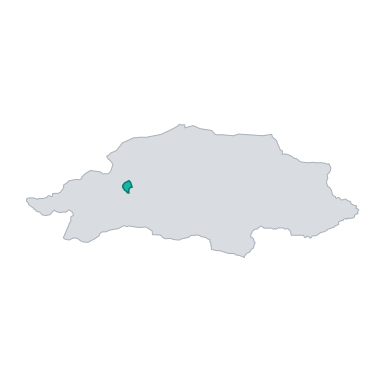 Ix xet, Dornogovi, Mongolia (highlighted), rotated 177°
{"feature_id": "93677404B2530433176866", "entity_name": "Ix xet", "entity_type": "district", "adm_level": 2, "iso_a3": "MNG", "parent_name": "Mongolia", "parent_adm1": "Dornogovi", "projection": "robinson", "projection_center": [110.14, 46.159], "detail": "fine", "context": "in_parent", "style": "filled", "palette": "teal", "viewbox_px": 384, "rotation_deg": 177, "n_neighbors": 0, "source": "geoboundaries", "source_scale": "gbopen_adm2", "svg_char_len": 4073}
<svg xmlns="http://www.w3.org/2000/svg" viewBox="0 0 384 384"><g transform="rotate(177 192 192)"><path d="M27.5,161.5L28.8,161.5L30.8,160.3L31.1,158.7L31.8,157.8L36.4,157.3L38.4,157.8L38.8,156.8L39.2,156.7L40.2,157.5L41.3,157.2L42.0,156.8L42.8,155.5L44.3,155.7L47.1,154.3L47.3,151.9L48.4,151.4L50.8,150.9L51.2,149.8L51.7,149.5L53.5,149.2L56.6,148.0L58.0,147.9L59.2,146.8L62.0,145.4L66.1,144.7L66.5,144.1L70.4,141.9L74.3,141.8L75.6,139.9L76.2,139.7L78.7,141.9L79.9,141.7L80.4,140.8L82.0,140.8L82.6,142.4L83.4,143.0L95.0,143.6L95.3,144.2L95.7,147.9L97.6,149.6L98.1,150.4L101.3,150.1L103.0,151.5L105.8,151.4L107.2,151.8L110.0,150.5L110.6,150.5L111.4,151.2L112.8,150.7L115.3,152.0L117.2,151.7L118.1,152.3L119.3,151.8L122.1,152.2L124.2,154.2L125.8,154.0L127.7,152.7L128.2,151.8L131.0,151.4L132.6,150.5L133.6,149.7L135.3,146.8L135.8,143.9L134.5,143.5L133.4,142.5L132.8,140.9L132.8,139.8L131.7,138.2L131.8,137.3L132.7,135.9L133.2,133.6L134.2,132.3L136.1,131.6L136.4,130.6L137.7,128.9L140.6,127.8L142.4,125.8L143.4,123.8L144.8,124.8L148.4,126.2L151.5,126.9L153.5,128.4L158.9,128.8L167.9,132.2L169.8,132.0L175.2,133.5L175.6,134.0L175.5,136.6L175.9,137.3L175.9,140.1L176.9,141.6L176.5,143.3L177.0,143.8L178.3,144.0L180.4,145.8L185.2,147.0L186.6,148.1L189.9,148.9L191.7,148.5L194.5,148.7L195.5,148.5L197.3,147.2L198.5,146.8L204.9,145.7L206.7,144.8L207.9,144.7L212.8,145.5L216.3,146.8L221.3,146.7L223.6,148.2L224.6,149.6L226.5,150.8L233.5,151.4L233.8,151.7L233.7,154.7L233.9,155.2L238.4,158.5L240.5,159.5L246.9,159.3L256.8,161.4L259.1,160.8L261.2,161.9L262.0,161.8L268.4,159.0L269.3,159.2L276.0,158.2L280.2,156.7L283.4,156.9L285.9,155.7L287.0,153.3L291.1,150.6L298.4,147.2L302.9,147.7L305.6,148.9L308.5,151.3L310.0,152.0L313.0,152.2L317.2,150.5L319.4,151.0L321.5,151.7L322.9,153.0L316.6,165.7L316.6,166.5L314.5,169.1L314.3,173.4L311.7,174.9L312.1,177.3L312.7,178.2L315.7,180.7L316.7,180.4L317.5,179.3L319.0,178.5L322.0,178.7L324.5,178.3L327.7,179.1L330.7,181.1L334.9,176.8L338.7,176.2L342.4,176.8L345.2,179.8L348.6,181.1L349.5,182.8L350.9,183.4L351.3,184.3L355.4,187.6L356.3,189.8L357.6,191.4L357.6,193.0L357.4,193.8L355.7,194.7L350.0,194.3L346.7,192.7L345.4,193.6L341.1,193.2L338.7,193.9L337.0,194.5L336.1,195.6L335.3,195.8L334.6,195.8L333.3,194.9L332.1,194.9L331.8,195.1L331.1,197.8L327.4,197.8L326.2,197.5L323.1,198.8L322.7,199.8L321.1,201.3L319.7,204.0L320.0,205.2L319.6,205.9L316.8,207.4L314.2,209.6L308.8,210.4L306.3,210.6L304.4,210.1L302.5,210.4L301.1,212.9L297.6,215.9L292.4,218.8L283.2,217.0L282.0,216.6L280.0,214.7L274.6,214.7L273.1,215.9L271.7,217.8L269.5,223.8L271.6,227.2L274.1,229.5L275.1,231.1L275.1,232.4L273.4,233.0L271.1,235.2L265.3,237.3L258.9,244.7L247.6,249.1L240.6,249.4L235.1,249.0L220.2,251.1L210.4,255.0L203.2,258.3L201.6,259.9L200.9,260.2L199.6,259.6L195.7,259.4L195.8,256.5L187.3,258.2L180.6,254.8L170.8,252.8L168.9,252.1L165.7,248.3L164.0,247.8L159.7,247.7L147.9,246.0L142.4,247.4L118.4,244.5L109.6,245.4L109.3,245.1L108.9,242.7L105.0,239.1L104.5,238.1L104.4,236.7L101.5,229.2L99.5,228.1L100.0,225.0L96.8,225.2L93.3,224.0L89.8,221.8L88.2,220.2L85.7,219.8L82.7,216.8L81.3,216.2L73.7,215.0L69.8,215.4L65.8,214.6L61.1,214.5L59.7,213.9L58.3,214.0L55.7,212.7L53.8,213.0L52.0,208.7L52.7,206.0L53.8,204.4L56.2,202.1L56.2,201.2L55.6,199.0L57.2,195.2L56.9,192.8L56.0,190.2L54.5,189.5L52.5,185.9L52.1,183.0L51.3,181.1L49.1,179.9L48.5,178.2L47.8,178.1L47.2,178.6L45.8,178.9L44.5,177.8L43.8,176.6L43.0,176.2L41.5,176.3L40.0,176.9L38.5,176.6L37.3,175.5L34.0,173.8L34.0,172.5L33.6,171.6L32.6,171.4L31.6,170.5L28.3,169.4L28.3,168.8L29.4,167.4L27.2,166.4L26.4,165.2L27.9,163.6L27.4,162.6L27.5,161.5Z" fill="#d9dde1" stroke="#a8b0b8" stroke-width="1"/><path d="M254.4,206.6L256.7,205.5L258.8,204.6L260.7,202.3L260.9,200.8L260.8,200.0L260.6,199.7L259.8,198.7L259.5,197.7L258.7,197.1L258.2,196.8L256.8,195.2L256.7,194.7L255.9,194.5L255.4,194.3L255.0,194.4L255.1,195.9L255.4,196.1L254.9,196.9L254.9,197.9L254.2,198.9L254.0,199.1L253.4,199.5L251.5,200.2L252.1,201.8L252.5,203.3L252.7,204.4L253.8,206.1L254.4,206.6Z" fill="#14b8a6" stroke="#0f766e" stroke-width="1.5"/></g></svg>